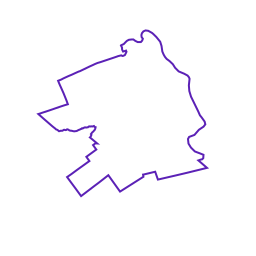 outline of Branistea, Galati, Romania, rotated 231°
{"feature_id": "2599482B60260164526160", "entity_name": "Branistea", "entity_type": "district", "adm_level": 2, "iso_a3": "ROU", "parent_name": "Romania", "parent_adm1": "Galati", "projection": "robinson", "projection_center": [27.84, 45.445], "detail": "fine", "context": "isolated", "style": "outline", "palette": "violet", "viewbox_px": 256, "rotation_deg": 231, "n_neighbors": 0, "source": "geoboundaries", "source_scale": "gbopen_adm2", "svg_char_len": 2761}
<svg xmlns="http://www.w3.org/2000/svg" viewBox="0 0 256 256"><g transform="rotate(231 128 128)"><path d="M196.6,174.5L194.1,173.9L193.2,173.1L192.4,172.7L190.5,172.3L189.4,175.1L189.2,175.0L188.9,175.0L188.2,174.8L186.7,171.7L186.7,171.2L187.2,169.4L187.6,168.9L188.2,168.7L188.7,168.5L190.1,165.5L190.5,164.3L191.7,161.0L192.9,157.8L196.6,147.9L197.7,145.3L198.5,142.6L199.1,140.1L199.9,137.1L202.5,126.1L202.6,125.9L202.7,125.7L202.9,125.2L203.2,124.1L203.7,122.2L204.9,117.5L205.8,114.5L206.7,111.0L207.2,109.0L207.4,108.0L207.5,107.4L207.6,107.0L207.7,106.5L208.7,103.4L206.4,102.7L203.6,101.9L203.1,101.8L201.2,101.3L195.6,99.8L188.4,97.6L184.3,96.2L185.7,92.8L187.0,89.4L191.4,77.3L195.3,67.1L187.0,68.5L176.9,70.3L173.3,71.1L172.2,71.2L170.9,72.0L169.0,72.3L168.6,72.9L168.2,74.0L167.8,74.5L167.3,75.0L167.1,75.5L167.0,76.9L166.7,77.4L166.3,77.6L165.7,78.1L165.5,78.5L165.3,78.9L165.4,79.2L165.4,79.5L165.0,80.2L164.6,80.4L163.9,80.7L163.1,80.9L162.3,81.4L162.2,81.6L161.6,82.1L161.3,82.5L160.3,83.2L159.9,83.5L159.1,84.3L158.8,84.9L158.3,85.6L158.0,86.3L157.8,86.8L157.6,88.3L157.1,89.5L157.1,89.8L156.9,90.8L156.7,91.1L156.6,91.4L156.7,92.2L156.5,92.3L156.3,92.5L156.1,92.6L156.0,93.3L155.9,93.7L155.9,94.1L155.7,94.7L155.4,95.2L154.8,95.6L154.4,96.2L154.2,96.7L153.8,97.2L153.8,98.5L153.7,98.9L153.1,99.3L152.7,99.9L152.6,100.3L152.4,100.5L151.9,100.9L151.5,101.4L151.2,102.3L151.0,102.8L149.9,102.7L149.0,103.3L148.8,103.0L148.1,102.2L147.8,101.6L147.4,100.7L147.4,100.1L147.3,99.7L147.1,98.9L147.1,97.5L146.6,95.4L146.4,95.4L146.0,95.4L145.9,95.4L145.6,95.1L145.3,94.6L145.1,94.3L145.0,93.8L144.7,93.1L144.6,92.8L144.6,92.5L135.4,94.3L136.6,93.0L136.7,90.1L131.2,89.8L131.8,77.5L126.6,77.2L126.8,74.1L127.5,62.0L127.8,55.1L128.2,49.8L122.1,49.5L114.7,49.2L104.6,48.7L104.1,65.7L103.9,70.8L103.8,76.1L103.7,83.0L83.6,81.8L80.4,109.3L82.3,110.4L81.9,111.1L76.9,121.6L69.1,118.8L61.2,135.0L55.9,146.0L47.3,164.3L52.9,163.3L58.5,162.3L58.3,162.8L57.9,164.1L57.2,165.6L57.0,165.9L57.2,167.5L59.0,169.2L59.7,169.8L63.4,167.7L65.1,166.7L67.7,165.2L73.2,164.6L77.8,165.2L81.7,167.7L82.6,169.9L80.8,175.3L82.0,182.0L81.5,187.6L82.2,190.4L84.8,191.6L90.0,191.9L92.6,191.9L96.6,193.0L112.7,196.7L118.1,198.9L122.8,202.1L127.5,206.8L129.1,207.3L131.3,207.3L135.1,205.7L135.8,205.3L140.1,203.0L145.2,202.5L149.3,203.0L153.9,202.4L157.4,201.5L158.3,201.5L160.1,201.5L161.3,201.7L162.6,201.9L165.8,202.8L170.7,205.7L174.8,207.3L180.9,207.3L185.2,206.8L186.8,206.5L190.8,204.9L192.8,203.0L193.4,200.8L192.9,198.5L191.8,196.9L190.1,195.8L188.0,195.7L187.0,194.0L186.7,192.1L187.2,191.4L188.7,189.6L191.1,188.5L193.4,187.9L194.4,186.7L196.0,184.2L196.4,182.0L196.3,180.7L195.9,177.5L196.6,174.8L196.6,174.5Z" fill="none" stroke="#5b21b6" stroke-width="2"/></g></svg>